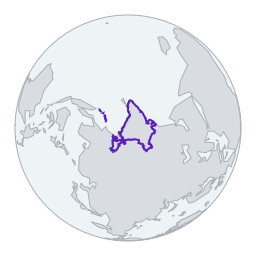 India on an orthographic globe, rotated 159°
{"feature_id": "IND", "entity_name": "India", "entity_type": "country or territory", "adm_level": 0, "iso_a3": "IND", "parent_name": "Asia", "parent_adm1": "", "projection": "orthographic", "projection_center": [83.514, 21.122], "detail": "fine", "context": "on_globe", "style": "outline", "palette": "violet", "viewbox_px": 256, "rotation_deg": 159, "n_neighbors": 0, "source": "natural_earth", "source_scale": "50m", "svg_char_len": 15757}
<svg xmlns="http://www.w3.org/2000/svg" viewBox="0 0 256 256"><g transform="rotate(159 128 128)"><circle cx="128" cy="128" r="113" fill="#eef3f6" stroke="#a8b0b8"/><path d="M169.0,23.1L170.4,23.7L175.4,25.9L171.9,24.4L183.6,30.2L188.9,33.8L181.0,28.8L178.6,27.7L181.3,29.5L179.5,28.8L179.7,29.3L177.3,28.4L172.9,26.0L171.2,25.4L173.2,26.8L172.0,27.0L169.4,25.0L167.1,25.3L159.2,22.0L154.1,18.8L147.7,17.4L139.3,15.9L149.4,17.4L159.3,19.8L169.0,23.1ZM136.5,15.7L136.3,15.7L135.7,15.6L136.5,15.7ZM126.6,15.4L126.4,15.4L128.0,15.4L127.9,15.5L126.4,15.5L124.7,15.4L125.2,15.4L123.9,15.4L126.6,15.4ZM123.4,15.5L123.0,15.5L122.4,15.5L123.4,15.5ZM120.8,15.6L120.6,15.6L117.2,15.9L120.8,15.6ZM179.5,27.9L177.8,27.0L180.1,28.2L179.5,27.9ZM180.2,29.6L181.2,30.1L180.9,30.2L180.2,29.6ZM177.0,29.0L176.1,29.2L176.2,28.6L177.0,29.0ZM175.1,29.0L173.2,29.7L175.3,30.8L168.2,28.3L172.2,28.3L171.9,27.3L173.4,28.4L175.1,29.0ZM129.2,15.4L127.4,15.4L130.3,15.4L129.2,15.4ZM131.0,15.4L139.9,16.0L141.7,16.3L138.4,15.9L141.9,16.5L138.4,16.3L135.7,16.0L135.2,15.8L134.2,15.9L131.0,15.4ZM164.5,26.9L163.4,26.8L163.7,26.5L164.5,26.9ZM128.1,15.5L129.8,15.5L131.5,15.7L128.5,15.8L128.9,15.7L128.1,15.5ZM144.5,16.8L145.2,17.1L142.6,17.0L138.4,16.4L144.5,16.8ZM127.7,15.6L126.9,15.8L124.7,15.8L126.7,15.5L127.7,15.6ZM133.2,15.8L133.8,15.9L132.5,15.8L133.2,15.8ZM116.5,16.4L118.4,16.1L119.5,16.2L116.5,16.4ZM126.8,15.9L127.5,15.9L128.2,16.0L127.2,16.1L126.8,15.9ZM136.9,16.4L135.6,16.4L138.4,16.8L136.5,16.9L134.2,16.3L134.4,16.6L133.8,16.7L132.5,16.2L136.9,16.4ZM128.1,16.5L124.4,16.2L120.6,16.5L119.6,16.4L125.9,16.0L128.1,16.5ZM130.8,16.4L128.9,16.4L128.6,16.2L129.7,16.0L130.8,16.4ZM136.1,17.2L139.6,17.1L140.0,17.3L136.1,17.2ZM127.1,16.6L128.0,16.7L126.8,16.7L127.1,16.6ZM133.4,17.0L134.6,16.9L135.0,17.1L133.4,17.0ZM128.8,17.1L127.6,16.9L128.3,16.7L128.8,17.1ZM131.0,17.1L131.3,17.3L129.3,16.8L131.4,17.0L131.0,17.1ZM133.6,17.2L134.3,17.2L133.1,17.2L133.6,17.2ZM126.8,18.0L124.1,17.4L125.7,16.9L128.1,17.5L126.8,18.0ZM25.9,80.3L36.6,66.9L36.2,70.0L41.9,73.1L42.1,74.7L38.4,79.3L40.2,90.2L44.5,87.0L49.2,94.3L54.3,96.4L61.5,87.3L53.2,83.5L54.8,78.1L63.9,77.1L71.6,80.9L72.5,79.0L70.2,72.9L74.5,70.5L69.6,70.6L69.7,73.0L66.6,73.3L66.4,71.2L68.0,70.3L66.4,68.6L59.4,73.7L58.7,76.7L52.9,75.2L51.2,80.1L48.7,81.5L50.7,73.6L52.5,71.4L54.0,62.3L51.5,64.4L50.0,73.3L49.3,72.1L46.0,75.6L48.0,72.0L50.4,62.2L46.9,61.2L37.9,67.7L36.8,67.0L38.0,63.6L45.8,54.8L47.3,57.6L50.1,55.0L53.7,50.0L53.8,51.4L55.5,49.9L56.5,50.9L61.6,48.7L63.2,49.6L68.9,45.5L70.5,45.5L66.7,47.8L64.8,50.1L69.2,52.9L71.1,52.5L74.5,49.8L75.2,51.1L77.9,48.1L82.2,48.8L79.3,45.6L83.2,42.8L87.7,41.7L88.5,40.4L81.0,42.2L78.5,43.6L77.2,45.6L69.9,49.4L67.6,49.2L73.2,43.5L70.6,42.8L76.1,39.0L93.0,35.4L98.1,36.0L98.9,42.4L95.5,43.7L93.6,41.8L92.0,46.0L93.7,44.4L94.4,45.7L98.3,43.8L98.9,44.7L101.5,41.5L102.7,42.4L101.0,44.3L107.8,42.7L111.3,44.2L112.6,43.4L112.9,42.2L117.1,45.1L117.8,44.5L116.7,43.3L117.4,41.3L120.3,39.0L121.6,40.1L120.7,41.1L120.9,45.0L118.4,47.7L119.2,48.0L121.7,45.9L121.5,41.1L122.9,39.4L123.5,41.6L123.4,40.7L124.5,40.2L126.8,40.9L126.3,38.6L136.5,33.4L142.0,34.7L141.4,36.9L149.9,35.6L155.4,37.8L154.4,36.5L157.8,35.5L156.1,34.8L155.8,34.1L163.7,32.1L166.6,32.7L168.8,31.1L168.3,30.6L166.3,29.9L168.2,28.3L175.3,30.8L176.2,31.9L180.1,33.1L181.5,35.5L184.4,38.2L183.7,40.7L186.1,42.9L187.4,43.2L191.6,46.7L195.9,53.7L186.8,46.8L179.3,37.7L181.9,41.1L179.6,40.1L179.6,41.3L181.5,44.0L182.8,44.4L177.5,48.8L179.0,56.8L182.9,55.9L186.4,58.2L191.5,68.2L188.2,83.2L192.8,87.7L193.8,90.9L191.4,93.2L189.8,88.5L186.4,87.2L185.9,84.4L181.4,87.1L180.5,83.3L177.5,87.5L179.8,90.4L184.1,89.2L181.8,94.9L187.5,99.9L189.3,106.4L183.6,118.9L176.1,123.3L175.8,125.4L172.2,123.3L168.3,127.8L175.7,139.1L175.8,142.6L169.1,149.6L168.8,147.1L159.3,141.5L158.1,149.7L165.3,156.0L167.8,163.6L162.5,161.5L159.9,154.8L156.6,152.6L157.0,145.5L153.4,135.1L148.1,137.3L148.1,133.0L142.3,124.4L134.3,127.2L122.0,138.2L120.9,149.0L116.4,153.4L109.2,137.5L108.2,126.9L104.2,127.5L98.0,117.9L83.3,115.2L82.5,112.2L79.4,113.0L75.2,109.3L74.4,104.5L71.3,104.1L73.9,116.8L77.4,117.3L82.0,113.6L81.9,117.9L86.1,122.5L77.1,131.0L57.3,135.3L57.4,127.1L53.1,102.1L54.4,99.9L54.5,99.6L54.5,99.1L52.0,102.5L52.0,97.8L52.1,114.5L51.2,121.2L57.0,135.7L55.9,136.7L58.4,140.0L69.0,139.6L68.6,142.3L62.3,153.1L49.6,165.5L52.5,176.8L53.6,185.5L48.3,188.8L51.5,195.7L49.2,196.7L50.9,200.3L50.5,203.0L49.0,204.6L43.4,201.1L40.9,197.6L34.8,189.2L25.5,170.2L24.6,163.6L23.1,157.2L19.4,140.7L20.0,133.7L19.6,129.7L18.3,128.9L18.0,124.1L17.5,123.0L15.7,119.0L15.8,118.4L16.7,110.6L18.2,102.8L20.3,95.1L22.8,87.6L25.9,80.3ZM29.4,76.0L28.3,77.8L29.4,76.0ZM77.7,90.5L83.7,92.6L84.6,85.7L87.0,86.0L86.5,83.7L84.7,85.2L83.9,79.0L87.8,78.0L88.9,75.3L87.0,74.5L79.9,77.3L81.0,86.0L78.1,88.2L77.7,90.5ZM63.6,41.4L62.7,42.7L60.5,44.1L58.5,43.9L61.7,41.8L63.6,41.4ZM61.9,44.5L68.0,39.3L69.5,39.6L67.6,40.2L68.0,40.9L65.1,42.3L60.5,47.9L58.2,49.5L55.8,47.6L57.9,47.2L58.7,45.7L61.9,44.5ZM81.1,28.6L83.7,27.2L83.4,29.4L81.0,30.6L78.9,30.2L80.5,28.6L81.1,28.6ZM113.8,16.3L113.3,16.3L112.4,16.4L113.8,16.3ZM110.4,16.7L111.4,16.6L116.5,16.0L122.9,15.5L124.2,15.6L123.5,15.8L122.2,16.0L121.7,15.8L120.3,16.1L118.6,16.0L117.3,16.2L108.3,17.2L109.0,17.0L102.8,18.3L102.4,18.3L110.4,16.7ZM114.2,22.5L114.2,21.5L111.0,23.5L109.3,22.8L109.1,23.1L106.6,23.1L103.2,23.7L102.9,23.3L101.7,23.8L100.0,23.9L98.3,24.4L97.1,23.9L94.8,24.6L95.5,24.0L92.0,25.3L94.1,24.2L92.2,24.5L91.2,25.4L88.9,23.2L86.4,23.6L83.1,24.8L87.1,23.1L92.7,21.1L98.5,19.5L100.4,19.6L101.8,19.0L103.2,18.9L101.5,19.4L104.9,18.6L105.5,18.7L110.7,18.3L115.3,17.4L117.3,17.4L115.8,17.8L118.8,17.5L117.4,18.3L118.8,18.4L118.8,19.4L115.1,20.4L117.0,20.4L117.1,21.4L114.2,22.5ZM126.6,18.3L122.7,19.3L119.8,19.5L121.0,17.7L119.9,17.5L120.6,16.6L124.8,16.4L124.2,16.6L124.6,16.8L123.2,16.8L124.6,17.0L123.9,17.4L124.8,17.7L123.3,17.9L126.6,18.3ZM44.2,73.6L44.8,74.3L46.0,74.9L43.9,77.3L44.2,73.6ZM45.7,66.9L46.4,67.0L44.1,70.4L43.6,69.7L45.7,66.9ZM48.8,64.4L46.6,66.8L47.5,65.1L48.8,64.4ZM67.5,47.9L68.6,48.1L67.9,48.8L66.5,49.6L67.5,47.9ZM104.4,29.4L104.9,28.5L105.7,28.4L108.6,26.8L110.1,27.3L109.0,28.5L104.4,29.4ZM59.0,88.4L56.4,89.6L56.1,88.4L57.1,88.2L59.0,88.4ZM48.9,83.3L50.3,85.7L48.4,83.9L48.9,83.3ZM106.6,29.7L107.6,28.9L107.7,29.7L106.6,29.7ZM111.4,27.6L111.9,28.4L110.7,27.2L111.4,27.6ZM109.3,232.8L111.3,233.7L109.5,233.6L109.3,232.8ZM68.7,188.4L67.4,201.9L63.1,200.8L60.5,196.2L59.8,187.6L64.2,186.3L65.9,182.7L68.7,188.4ZM192.4,178.1L195.2,178.0L195.0,178.5L192.4,178.1ZM189.6,176.9L192.8,176.5L189.0,178.0L189.6,176.9ZM194.1,176.4L197.3,174.9L198.8,173.9L198.4,174.9L194.1,176.4ZM187.4,177.3L174.8,178.7L169.6,177.9L170.9,176.1L179.2,175.7L187.4,177.3ZM170.5,176.1L162.6,171.7L150.9,157.5L155.1,157.6L167.1,165.9L166.4,167.5L171.2,171.0L170.5,176.1ZM189.4,164.7L188.6,169.5L181.7,170.0L178.6,169.6L176.4,163.9L177.6,160.7L180.3,160.5L189.9,148.9L193.4,150.9L190.6,155.7L193.4,159.4L189.4,164.7ZM121.5,150.0L124.3,156.4L121.8,157.4L121.5,150.0ZM193.4,141.0L189.8,146.1L192.9,139.5L193.4,141.0ZM194.9,134.8L195.4,137.2L193.6,135.1L194.9,134.8ZM176.2,128.7L173.4,129.5L173.1,127.8L176.5,125.8L176.2,128.7ZM190.7,112.0L191.4,116.9L191.2,118.7L189.6,115.9L190.7,112.0ZM120.9,35.3L115.1,36.8L111.9,38.7L111.7,40.9L109.5,38.7L114.4,35.7L120.9,35.3ZM134.5,33.4L134.6,31.9L136.2,32.3L136.4,32.8L134.5,33.4ZM133.4,32.6L130.5,31.2L131.7,30.2L133.7,31.5L133.4,32.6ZM118.4,29.9L116.5,30.2L116.5,29.5L118.4,29.9ZM200.4,214.0L202.9,211.3L205.0,209.8L202.0,212.7L200.4,214.0ZM199.2,206.1L180.2,215.7L176.7,215.7L178.9,213.0L178.3,205.9L179.6,205.8L180.4,200.6L192.3,193.8L201.3,183.0L206.4,182.3L211.2,174.5L216.0,173.5L213.7,179.3L217.7,181.2L222.9,168.0L222.8,179.6L224.0,182.6L221.4,189.7L210.0,204.7L205.8,208.6L206.1,207.8L204.1,209.6L202.5,210.1L203.9,206.7L201.8,208.5L204.8,205.0L201.3,208.4L201.5,206.3L199.2,206.1ZM231.9,171.5L232.3,170.4L232.3,170.5L231.9,171.5ZM235.8,160.8L235.7,161.0L236.2,159.5L235.8,160.7L235.8,160.8ZM236.3,155.9L236.6,155.0L236.6,155.4L236.3,155.9ZM199.2,177.3L203.2,173.0L205.2,172.3L199.2,177.3ZM236.3,154.8L235.8,155.2L236.0,154.4L236.3,154.8ZM236.5,153.1L236.6,152.2L236.6,154.2L236.5,153.1ZM235.8,151.9L236.3,153.0L235.7,152.2L235.8,151.9ZM235.4,152.5L235.0,152.2L235.0,151.8L235.4,152.5ZM228.1,158.3L230.1,162.8L228.0,163.7L225.9,161.3L223.4,165.6L218.3,166.9L219.7,164.4L219.2,161.4L213.4,161.8L212.2,160.0L214.5,158.0L210.4,157.4L214.9,155.3L216.5,159.2L219.0,155.0L222.9,154.6L226.4,154.7L228.8,156.7L228.1,158.3ZM214.5,164.9L215.3,164.7L214.5,166.1L214.5,164.9ZM234.1,150.6L234.7,152.1L234.6,152.7L234.2,152.7L234.1,150.6ZM229.4,155.7L232.2,150.8L232.7,150.5L230.8,155.5L229.4,155.7ZM231.7,148.8L232.8,148.6L233.3,150.3L233.0,151.0L231.7,148.8ZM205.4,163.1L205.2,164.4L203.9,163.7L205.4,163.1ZM207.0,162.1L210.6,162.5L206.7,163.2L207.0,162.1ZM195.3,160.1L196.4,162.8L200.1,160.3L197.3,163.5L199.6,167.7L198.7,169.7L196.4,165.0L195.3,170.4L193.7,170.6L192.9,166.2L194.7,160.4L196.4,157.8L202.9,155.7L195.3,160.1ZM207.1,158.6L206.1,155.4L206.8,153.0L207.9,154.5L207.1,158.6ZM202.8,147.9L199.9,144.4L197.4,146.4L202.1,140.0L204.3,144.3L202.8,147.9ZM199.9,139.6L197.7,141.4L199.8,137.8L199.9,139.6ZM196.9,140.2L196.4,137.5L198.3,137.5L196.9,140.2ZM201.2,139.5L201.2,134.8L202.4,137.3L201.2,139.5ZM194.9,131.5L199.5,135.3L194.0,134.3L192.6,125.3L194.8,124.7L194.9,131.5ZM200.1,93.4L198.9,91.0L200.6,90.1L200.9,92.0L200.1,93.4ZM205.0,85.7L200.6,89.1L196.9,92.2L198.6,93.1L198.8,97.5L195.6,93.9L197.4,88.7L200.4,87.2L199.8,83.7L201.3,80.9L199.2,76.8L199.6,74.7L202.3,78.1L205.0,85.7ZM198.2,75.1L195.2,67.9L198.9,68.2L200.4,69.9L200.3,72.9L198.3,72.5L198.2,75.1ZM195.6,66.3L193.7,66.0L185.2,56.5L184.3,54.7L192.8,61.6L191.4,61.7L192.8,64.1L195.6,66.3ZM164.3,27.4L163.5,26.9L164.7,27.2L164.3,27.4ZM154.8,33.8L154.7,33.0L156.2,33.3L154.8,33.8ZM155.2,31.0L153.6,31.2L154.7,30.5L155.2,31.0ZM150.1,31.9L152.7,31.1L151.0,32.5L150.1,31.9Z" fill="#d9dde1" stroke="#a8b0b8" stroke-width="1"/><path d="M100.7,121.3L101.1,121.2L101.7,121.2L101.8,120.6L102.0,120.6L103.2,120.7L103.6,121.0L104.0,120.9L104.9,120.6L105.0,120.6L105.0,120.9L105.2,121.0L105.9,120.7L105.8,120.3L105.9,120.1L105.4,118.6L105.4,118.2L104.7,118.0L104.5,117.6L104.7,116.4L103.7,115.9L103.8,115.2L104.5,114.5L105.0,113.8L105.4,113.5L105.8,113.7L105.9,114.1L106.0,114.2L107.9,113.8L108.1,113.4L108.4,113.1L108.9,112.4L109.9,111.9L110.5,110.9L110.8,110.2L111.6,109.9L111.8,109.7L111.8,109.3L112.6,108.4L113.1,108.2L112.9,107.9L113.1,107.4L113.0,106.9L113.1,106.7L114.4,106.0L114.3,105.7L113.4,105.4L113.4,104.9L112.9,104.8L112.9,104.4L112.4,104.0L112.7,103.4L112.5,103.0L113.0,102.6L112.4,102.3L112.6,102.0L112.3,101.7L112.6,101.2L113.2,101.0L115.4,101.6L116.0,101.3L116.8,101.2L117.5,100.8L117.6,100.6L118.9,99.9L119.3,99.9L119.2,100.4L119.6,101.6L120.2,101.8L120.6,102.2L120.6,102.4L120.2,102.8L120.3,103.7L120.8,104.4L120.7,104.6L120.9,104.8L120.9,105.7L120.4,105.9L120.0,105.5L119.5,105.6L119.7,106.2L120.0,106.7L120.0,107.1L120.1,107.4L120.0,107.6L120.0,107.9L120.4,107.9L120.5,107.8L121.2,108.6L121.7,108.7L122.3,109.0L122.4,109.5L123.2,109.8L123.7,110.3L122.7,111.1L122.4,111.7L122.4,112.1L122.1,112.5L122.1,112.8L122.7,113.3L123.0,113.2L125.1,114.8L125.3,114.7L126.2,115.1L126.5,115.1L126.6,115.4L127.6,115.7L127.9,115.6L128.6,115.7L129.0,115.5L129.9,115.9L130.1,116.4L130.8,116.7L131.0,116.9L131.6,116.8L131.8,116.9L132.0,117.2L132.4,117.1L133.6,117.5L134.2,117.3L134.3,117.5L134.6,117.6L134.9,117.5L135.6,117.5L135.9,117.6L136.2,116.9L135.8,116.1L136.1,114.9L136.0,114.6L136.8,114.2L137.2,114.3L137.3,114.6L137.1,115.3L137.4,115.7L137.1,116.0L137.4,116.4L137.9,116.6L138.2,116.6L139.0,116.8L139.6,116.7L140.0,116.4L140.6,116.6L141.6,116.5L141.8,116.4L142.3,116.5L142.8,116.4L142.9,116.2L142.8,115.9L142.9,115.5L142.7,115.2L142.3,115.2L142.0,115.0L142.1,114.6L142.7,114.6L142.9,114.5L143.6,114.3L143.9,114.1L143.8,113.9L144.4,113.4L144.7,112.8L145.6,112.5L145.9,112.2L146.0,112.0L146.9,111.3L147.2,111.5L148.3,111.7L148.4,111.4L149.3,110.9L149.6,111.2L149.8,111.2L149.5,111.5L149.5,111.9L150.0,111.6L150.3,112.1L149.9,112.8L150.1,112.9L150.4,112.7L150.7,112.8L151.2,112.8L151.7,113.1L151.8,113.6L151.1,114.3L151.6,115.2L151.3,115.2L150.9,114.9L150.0,115.1L148.3,116.5L148.2,117.0L148.4,117.6L148.1,118.3L147.5,119.1L147.5,119.3L147.8,119.6L147.2,121.1L147.0,122.0L146.2,121.7L145.8,121.8L145.5,121.7L145.7,122.4L145.7,123.5L145.4,123.7L145.3,124.3L145.5,125.3L145.3,125.4L145.1,125.8L144.7,125.5L144.5,125.8L144.2,124.5L144.0,124.0L143.7,122.5L143.1,122.6L143.1,122.9L142.8,123.4L142.8,123.8L142.6,124.0L142.4,123.9L142.3,123.6L142.2,123.6L142.2,123.8L141.7,122.8L141.8,122.2L142.1,121.8L142.9,121.6L143.1,121.2L143.3,121.1L143.5,120.2L143.9,120.2L143.1,119.6L140.3,119.8L139.2,119.6L139.1,118.3L138.8,117.8L138.7,117.9L138.6,118.2L138.3,118.2L138.0,118.0L137.7,117.5L137.6,117.8L137.4,117.8L137.1,117.7L137.0,117.4L136.5,117.2L136.5,117.3L136.7,117.6L136.2,118.1L136.1,118.5L136.8,119.2L137.3,119.3L137.7,119.7L137.4,119.9L136.8,119.9L136.6,120.5L136.3,120.4L136.1,121.0L136.3,121.3L137.3,121.7L137.3,122.2L137.1,122.8L137.4,123.3L137.4,123.7L137.8,123.8L137.6,124.1L138.1,125.6L138.0,126.2L137.9,126.2L138.1,126.8L137.8,126.8L137.7,126.6L137.6,126.9L137.4,126.6L137.5,126.1L137.3,125.9L137.3,126.8L137.0,126.9L136.7,126.6L136.7,126.9L136.4,126.9L136.5,125.9L136.1,125.6L136.0,125.4L136.1,125.7L136.5,125.9L136.1,126.5L135.6,126.9L134.6,127.2L134.1,127.7L134.1,128.0L134.4,128.8L134.0,129.5L133.5,129.8L133.3,130.1L133.0,130.1L133.0,130.4L131.8,130.8L131.7,130.8L131.8,130.7L131.7,130.4L131.2,130.7L131.1,131.0L131.4,130.8L131.6,130.9L130.3,131.9L129.1,133.6L128.3,134.0L127.4,134.9L125.8,135.9L125.7,136.2L125.8,136.5L125.6,137.0L124.7,137.4L123.8,137.4L123.2,138.5L122.9,138.5L122.8,138.3L122.6,138.2L121.9,138.6L121.5,139.3L121.4,139.8L121.7,141.0L121.5,141.5L121.9,142.9L121.6,142.5L121.4,142.7L121.9,143.2L121.7,144.5L121.0,145.8L120.8,146.6L120.8,146.8L120.6,147.1L120.8,147.1L120.9,147.3L120.9,149.0L120.3,149.0L119.9,149.1L119.8,149.6L119.1,150.4L119.1,150.7L119.3,150.9L120.0,151.2L119.2,151.0L118.1,151.3L117.7,151.7L117.4,152.7L116.4,153.2L115.5,152.7L114.5,151.5L114.1,150.5L114.0,149.5L114.2,150.3L114.4,150.3L114.2,149.6L113.9,149.2L113.0,146.7L112.7,146.0L112.1,145.3L111.6,144.3L111.3,143.3L111.2,142.1L110.7,140.5L109.9,139.3L109.7,138.7L109.9,138.7L109.6,138.3L109.8,138.2L109.5,138.1L108.9,136.5L108.7,134.2L108.3,132.2L108.6,131.5L108.5,131.2L108.3,131.6L108.2,131.3L108.3,130.9L108.6,131.0L108.2,130.8L108.3,130.5L108.1,130.4L108.1,129.9L108.6,128.2L108.5,127.4L108.3,127.2L108.2,126.8L108.4,126.6L108.2,126.7L109.1,126.1L108.1,126.2L108.2,125.8L108.4,125.7L108.1,125.6L108.2,125.3L108.6,125.2L107.5,125.0L107.7,125.4L107.2,125.9L107.5,126.1L107.5,126.5L107.1,127.2L105.2,127.9L104.7,127.8L104.3,127.6L103.5,126.8L102.2,125.1L101.8,124.5L102.0,124.2L102.4,124.6L104.0,124.1L104.7,123.3L104.6,123.2L104.4,123.4L104.0,123.4L103.1,123.7L102.4,123.5L101.4,122.7L101.1,121.9L101.8,121.4L100.8,121.8L100.7,121.3ZM145.7,146.2L145.3,145.6L145.5,145.0L145.7,144.9L145.6,144.3L145.8,142.7L145.9,142.4L146.2,142.3L146.2,142.6L146.2,142.9L145.9,143.5L146.0,143.7L146.1,144.3L145.9,144.5L145.9,144.9L145.7,145.4L145.8,145.6L145.7,146.2ZM148.2,154.9L148.0,155.3L147.7,154.8L147.7,154.5L148.0,154.4L148.2,154.9ZM145.3,148.2L145.0,148.2L145.0,147.8L145.3,147.5L145.4,147.9L145.3,148.2ZM147.2,153.2L147.1,152.9L147.2,153.2ZM147.4,152.9L147.3,152.5L147.4,152.9ZM147.8,154.2L147.6,154.4L147.7,154.1L147.8,154.2ZM146.0,150.8L145.8,150.8L145.9,150.7L146.0,150.8ZM145.6,146.5L145.4,146.5L145.5,146.3L145.6,146.5ZM146.2,145.2L146.3,145.5L146.1,145.3L146.2,145.2ZM146.6,152.3L146.7,152.6L146.6,152.3ZM145.6,143.5L145.5,143.8L145.5,143.5L145.6,143.5Z" fill="none" stroke="#5b21b6" stroke-width="2"/></g></svg>